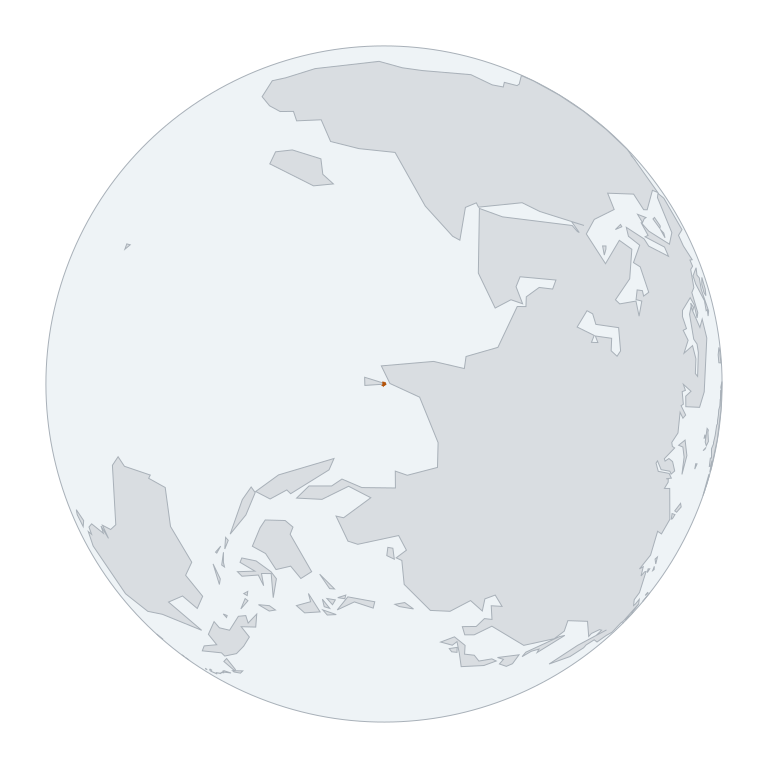 Kilinŏchchi on an orthographic globe, rotated 110°
{"feature_id": "LKA-2460", "entity_name": "Kilinŏchchi", "entity_type": "District", "adm_level": 1, "iso_a3": "LKA", "parent_name": "Sri Lanka", "parent_adm1": "", "projection": "orthographic", "projection_center": [80.291, 9.445], "detail": "fine", "context": "on_globe", "style": "filled", "palette": "amber", "viewbox_px": 768, "rotation_deg": 110, "n_neighbors": 0, "source": "natural_earth", "source_scale": "10m", "svg_char_len": 9220}
<svg xmlns="http://www.w3.org/2000/svg" viewBox="0 0 768 768"><g transform="rotate(110 384 384)"><circle cx="384" cy="384" r="338" fill="#eef3f6" stroke="#a8b0b8"/><path d="M500.1,66.7L498.8,66.2L489.4,62.9L500.1,66.7ZM527.3,78.0L526.0,77.4L525.9,77.3L527.3,78.0ZM523.2,76.2L518.3,74.9L524.9,78.0L503.6,69.5L514.8,72.8L513.4,71.9L518.2,74.0L523.2,76.2ZM492.6,65.6L489.3,64.8L490.1,64.6L492.6,65.6ZM379.8,46.1L377.5,46.2L373.6,46.2L379.8,46.1ZM80.4,235.6L110.4,192.2L110.2,198.0L130.3,196.3L131.4,199.6L120.2,214.4L128.2,239.1L141.3,227.4L157.4,242.7L173.8,245.2L195.2,217.0L168.5,212.0L172.6,197.2L201.1,189.1L225.7,195.3L228.1,189.9L219.9,175.6L233.0,167.5L217.9,170.1L218.5,176.0L209.0,178.3L207.9,173.1L212.6,170.1L207.3,166.6L186.3,183.3L184.6,191.1L166.1,191.2L161.6,204.8L153.9,209.9L158.7,189.2L163.9,182.4L166.7,160.3L159.4,167.2L156.4,189.0L154.0,186.7L144.2,197.9L149.8,187.5L155.0,163.6L143.3,165.3L115.3,190.8L111.2,191.7L113.7,184.6L137.0,156.8L143.6,158.1L151.9,149.9L161.8,136.9L162.9,138.9L167.8,134.3L171.4,135.0L187.5,125.8L192.8,126.0L209.7,113.5L214.8,112.4L203.3,119.8L198.2,125.8L212.7,128.7L218.6,126.6L228.5,118.7L231.2,121.2L238.9,113.2L252.5,112.6L242.4,107.2L253.7,99.5L267.7,95.0L269.6,91.9L246.8,99.4L239.4,103.5L235.9,108.3L214.0,120.7L206.7,121.9L222.8,106.5L214.2,107.2L230.4,96.4L281.9,80.4L298.0,79.5L302.1,92.6L292.2,96.3L285.8,93.0L281.9,102.6L286.9,98.6L289.2,101.2L300.6,95.8L302.8,97.4L310.0,89.9L313.9,91.4L309.3,96.1L329.5,91.0L340.5,93.6L344.0,91.7L344.7,89.0L358.3,95.0L360.3,93.5L356.6,90.8L358.2,86.3L366.3,81.1L370.5,83.4L368.2,85.5L369.7,94.3L362.7,100.7L365.3,101.3L372.3,96.4L370.5,85.5L374.2,81.8L376.5,86.4L376.0,84.4L379.1,83.4L386.2,84.8L384.4,79.8L413.4,69.1L430.0,72.0L428.8,76.5L453.6,75.0L470.4,80.7L467.0,77.9L476.5,76.8L471.4,74.9L470.5,73.6L492.6,72.6L501.1,75.1L506.8,73.7L505.0,72.6L499.0,70.5L503.6,69.5L524.9,78.0L527.8,79.9L539.2,84.8L544.2,89.1L553.6,95.6L552.5,99.0L560.0,104.8L563.6,106.2L576.5,116.0L590.7,133.1L563.4,112.7L539.0,90.8L547.6,98.6L540.9,95.3L541.1,97.5L547.5,103.8L551.2,105.3L537.4,111.6L543.5,130.3L554.6,130.1L565.1,136.9L581.8,163.3L574.7,199.8L588.8,213.4L592.1,222.3L585.2,227.4L580.3,214.4L570.1,209.4L568.3,202.0L555.7,207.4L552.6,197.0L544.3,207.3L551.4,215.7L563.7,214.0L557.9,228.6L575.0,244.2L580.9,263.0L565.4,296.5L543.7,306.9L543.2,313.1L532.5,306.1L521.4,318.4L543.6,353.8L544.0,364.1L524.5,383.9L523.5,376.2L495.4,357.5L492.2,382.3L513.6,402.8L521.1,427.1L505.5,419.6L497.7,398.3L487.7,391.0L488.9,369.4L477.8,337.7L462.0,343.6L461.8,330.9L444.1,305.2L420.6,313.1L384.2,346.0L381.5,378.6L367.9,392.7L345.8,345.1L342.0,313.8L330.1,316.3L310.6,289.5L265.6,285.3L262.7,277.1L253.4,280.1L240.2,271.2L237.1,258.0L227.5,258.0L236.7,292.8L247.4,293.2L261.2,281.2L261.4,293.5L274.6,305.5L247.5,333.3L186.4,354.4L186.4,329.8L170.7,261.4L174.5,254.6L174.7,253.8L174.9,252.3L167.3,263.2L166.6,250.3L168.6,296.5L166.4,316.2L185.5,355.7L182.2,359.2L190.2,367.9L222.9,361.9L221.7,370.0L202.7,406.1L162.6,452.8L171.4,488.1L174.4,517.1L157.2,533.4L166.6,556.1L158.8,562.3L163.5,574.8L161.7,586.7L155.7,596.8L137.2,592.7L129.9,581.1L111.2,556.6L82.5,499.0L80.6,475.0L76.3,455.0L63.6,408.1L65.9,384.6L64.1,373.5L59.4,374.1L58.1,361.0L55.9,359.5L47.2,360.4L48.1,346.9L52.6,318.1L59.5,289.8L68.8,262.3L80.4,235.6ZM88.0,224.1L84.8,230.1L84.7,230.2L88.0,224.1ZM245.7,218.3L264.4,222.0L266.5,203.1L273.9,203.3L271.9,197.2L266.6,201.8L263.2,185.7L275.1,181.9L278.2,174.5L272.0,173.0L250.8,182.8L255.5,205.3L246.7,211.9L245.7,218.3ZM190.9,111.7L188.5,114.7L181.8,119.4L175.1,121.8L184.8,114.7L190.9,111.7ZM186.7,118.2L204.4,103.9L209.3,102.7L203.6,105.6L205.0,106.3L196.2,111.3L183.4,125.3L176.7,130.6L168.0,130.5L174.6,127.2L176.5,124.0L186.7,118.2ZM241.2,78.4L249.0,74.6L249.5,76.6L242.2,80.0L235.0,81.8L239.5,79.0L241.2,78.4ZM350.4,47.8L349.2,47.9L353.5,47.5L354.3,47.9L343.8,49.6L349.4,49.1L350.2,50.1L342.0,52.0L341.5,50.9L332.9,54.1L327.3,53.9L326.6,54.3L319.1,55.2L308.8,57.3L307.5,57.0L304.1,58.1L299.0,59.1L293.8,60.6L289.8,60.9L283.1,62.9L285.0,62.0L274.6,65.6L280.5,63.2L274.5,64.9L271.9,66.4L266.1,67.3L293.6,58.4L321.8,51.9L350.4,47.8ZM370.6,46.3L366.8,46.5L377.3,46.3L366.0,47.2L357.4,47.8L359.5,47.0L370.6,46.3ZM138.0,194.7L139.8,196.0L143.9,196.3L137.8,203.8L138.0,194.7ZM141.1,178.4L143.5,177.9L136.9,187.7L135.0,186.8L141.1,178.4ZM150.5,169.9L144.2,177.2L146.5,172.7L150.5,169.9ZM206.1,119.3L209.4,118.9L207.5,120.9L203.1,123.5L206.1,119.3ZM315.2,65.2L316.3,63.5L318.6,63.1L327.0,59.5L331.8,60.0L328.7,62.3L315.2,65.2ZM187.5,221.1L179.5,225.8L178.4,222.6L181.4,221.6L187.5,221.1ZM154.9,214.3L159.7,219.4L153.2,216.3L154.9,214.3ZM321.8,65.1L324.7,63.4L325.4,64.7L321.8,65.1ZM335.8,60.2L337.5,61.4L333.4,59.7L335.8,60.2ZM340.0,670.1L346.0,673.6L340.3,673.6L340.0,670.1ZM221.9,518.0L216.2,566.6L202.9,565.3L195.4,550.2L194.0,520.3L207.9,513.2L213.3,500.0L221.9,518.0ZM592.2,482.0L600.1,483.3L599.6,484.8L592.2,482.0ZM584.2,476.9L593.5,477.2L582.3,480.4L584.2,476.9ZM597.0,477.3L606.4,474.0L610.5,471.3L609.6,474.6L597.0,477.3ZM577.7,477.2L541.1,477.6L526.2,473.6L530.1,467.9L554.3,469.0L577.7,477.2ZM528.9,467.8L505.5,452.0L471.1,405.5L483.5,406.3L519.0,434.2L516.8,439.1L531.0,451.7L528.9,467.8ZM583.8,437.3L581.5,452.2L561.6,451.3L552.4,449.1L546.1,430.2L549.6,420.6L557.3,420.8L585.1,387.8L595.2,395.6L587.1,409.4L595.3,422.0L583.8,437.3ZM383.2,381.8L391.9,401.5L384.3,404.5L383.2,381.8ZM594.9,365.1L584.7,379.4L593.5,360.4L594.9,365.1ZM599.2,347.4L600.6,354.4L595.4,347.7L599.2,347.4ZM544.3,322.7L536.2,324.5L535.3,319.5L545.1,314.4L544.3,322.7ZM585.3,279.3L587.9,293.5L587.3,298.4L582.3,289.8L585.3,279.3ZM367.1,73.1L350.0,77.0L341.0,81.6L340.8,86.2L333.7,81.9L347.7,74.9L367.1,73.1ZM407.2,69.0L407.2,65.9L412.0,66.9L412.7,67.8L407.2,69.0ZM403.8,67.4L394.7,64.5L397.9,62.7L404.4,65.2L403.8,67.4ZM357.7,62.9L352.3,63.8L352.0,62.5L357.7,62.9ZM607.3,630.2L615.1,619.5L620.9,617.9L611.7,627.6L607.3,630.2ZM608.0,587.9L553.3,611.4L543.3,609.0L550.1,599.8L549.5,572.5L553.1,572.9L556.1,554.2L590.9,535.9L617.2,503.7L631.6,505.0L645.5,481.8L658.8,482.7L652.1,500.8L662.6,511.9L677.8,471.1L676.2,513.5L678.4,528.2L669.5,555.1L635.7,601.9L623.8,611.4L625.2,607.4L619.3,612.3L615.4,610.9L620.3,596.6L614.2,601.4L623.3,590.1L613.0,600.3L614.2,591.1L608.0,587.9ZM696.7,512.1L696.9,511.5L699.4,504.3L699.3,505.3L697.4,510.5L696.7,512.1ZM707.6,481.2L708.5,478.1L708.2,479.4L707.6,481.2ZM708.8,477.3L710.0,472.9L708.8,477.2L708.8,477.3ZM712.2,454.7L712.9,452.4L712.8,454.1L712.2,454.7ZM611.5,483.1L623.1,471.2L628.7,470.1L611.5,483.1ZM712.4,450.1L711.4,449.9L711.9,447.6L712.4,450.1ZM713.3,444.7L713.6,441.5L713.1,449.0L713.3,444.7ZM711.9,437.8L712.7,443.4L711.7,438.6L711.9,437.8ZM710.9,438.8L709.9,436.4L710.1,435.4L710.9,438.8ZM692.2,444.8L696.9,463.5L691.6,463.4L686.2,452.0L679.3,463.4L665.4,462.4L669.4,455.3L668.2,444.9L652.1,441.4L648.9,434.7L655.1,429.9L643.7,424.9L656.3,421.4L660.9,435.2L667.8,424.0L678.4,426.2L687.8,430.4L694.1,440.6L692.2,444.8ZM655.2,452.2L657.3,452.1L655.1,456.4L655.2,452.2ZM707.9,428.9L709.4,435.5L709.0,437.3L708.1,436.3L707.9,428.9ZM695.8,438.0L703.1,426.0L704.6,426.1L699.5,439.6L695.8,438.0ZM701.9,418.6L704.8,420.0L705.9,426.5L705.2,428.3L701.9,418.6ZM629.6,440.2L628.9,444.1L625.5,441.1L629.6,440.2ZM634.2,437.7L644.3,441.6L633.1,441.1L634.2,437.7ZM600.7,425.2L604.0,434.3L614.7,428.1L606.5,436.8L613.2,451.7L610.5,457.5L604.0,441.3L600.8,458.3L596.1,458.1L594.0,443.7L599.1,425.9L603.8,418.5L622.7,415.0L600.7,425.2ZM634.3,426.5L631.5,415.9L633.5,408.7L636.6,414.2L634.3,426.5ZM622.2,390.5L613.7,378.5L606.7,383.4L620.0,366.1L626.2,380.3L622.2,390.5ZM613.7,364.0L607.3,368.3L613.4,358.3L613.7,364.0ZM605.1,364.3L603.5,355.9L609.0,356.9L605.1,364.3ZM617.2,364.3L617.0,350.0L620.5,358.3L617.2,364.3ZM598.9,337.3L612.3,350.7L596.4,345.2L591.8,318.2L598.3,317.5L598.9,337.3ZM610.3,232.2L606.5,225.2L611.2,223.6L612.5,228.8L610.3,232.2ZM623.2,214.8L611.3,221.1L601.1,227.3L606.1,230.5L607.1,242.5L597.5,231.3L601.9,218.4L610.3,215.9L608.0,206.4L611.9,200.1L605.4,188.6L605.9,183.8L614.4,193.9L623.2,214.8ZM602.2,183.8L592.3,164.5L602.9,167.6L607.5,172.5L607.6,179.8L601.9,177.6L602.2,183.8ZM593.0,161.0L587.5,159.0L561.3,132.6L558.4,128.1L584.0,148.3L580.1,147.7L584.7,154.1L593.0,161.0ZM492.3,66.0L489.6,64.9L493.4,66.1L492.3,66.0ZM467.4,72.6L466.8,71.1L471.2,72.1L467.4,72.6ZM467.5,67.7L462.9,67.6L466.0,66.7L467.5,67.7ZM453.0,67.9L460.2,67.1L455.8,69.4L453.0,67.9Z" fill="#d9dde1" stroke="#a8b0b8" stroke-width="1"/><path d="M382.9,385.4L383.0,385.2L383.0,384.9L382.9,384.8L382.8,384.7L382.7,384.7L382.6,384.4L382.7,384.2L382.8,384.2L383.0,384.1L383.3,383.9L383.5,383.8L383.4,383.7L383.2,383.6L382.7,383.2L382.8,383.1L383.0,383.2L383.3,383.4L383.7,383.5L383.8,383.5L383.9,383.8L384.0,384.0L384.3,383.9L384.8,383.7L385.2,383.8L385.6,383.9L385.9,384.0L385.7,384.2L385.7,384.4L385.7,384.5L385.6,384.4L385.4,384.3L385.3,384.5L385.2,384.6L384.8,384.6L384.7,384.6L384.6,384.8L384.3,384.8L384.2,384.8L383.7,384.9L383.6,385.1L383.4,385.2L383.3,385.3L383.2,385.4L382.9,385.4ZM384.0,382.6L384.3,382.9L384.5,383.0L384.9,383.2L384.9,383.4L385.0,383.5L384.9,383.5L384.7,383.5L384.4,383.5L384.0,383.1L383.9,383.0L383.9,382.8L384.0,382.6L384.0,382.6Z" fill="#f59e0b" stroke="#b45309" stroke-width="1.5"/></g></svg>